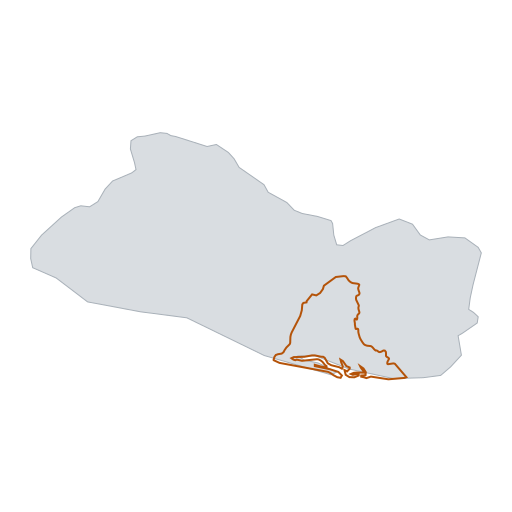 El Salvador, with Usulután highlighted
{"feature_id": "SLV-1354", "entity_name": "Usulután", "entity_type": "Department", "adm_level": 1, "iso_a3": "SLV", "parent_name": "El Salvador", "parent_adm1": "", "projection": "mercator", "projection_center": [-88.42, 13.427], "detail": "fine", "context": "in_parent", "style": "outline", "palette": "amber", "viewbox_px": 512, "rotation_deg": 0, "n_neighbors": 0, "source": "natural_earth", "source_scale": "10m", "svg_char_len": 3754}
<svg xmlns="http://www.w3.org/2000/svg" viewBox="0 0 512 512"><path d="M170.8,135.6L175.6,136.5L207.1,146.5L216.4,144.5L228.4,152.5L234.1,158.8L239.1,167.4L264.0,184.7L268.2,192.3L286.8,202.5L294.3,210.3L302.2,213.5L317.7,216.5L331.0,220.6L332.6,223.5L333.8,235.1L336.7,244.8L343.0,245.5L350.6,240.7L375.6,227.6L399.2,219.0L412.5,224.2L420.3,235.0L429.3,239.9L448.0,236.9L464.9,237.9L478.2,247.4L481.3,252.9L473.1,284.5L470.2,298.0L468.7,309.4L473.5,312.4L478.2,316.8L477.2,323.0L462.6,333.1L458.1,335.7L461.4,355.2L450.6,366.9L440.7,375.4L423.2,377.7L393.6,378.6L349.0,369.0L316.1,356.0L298.4,355.9L304.0,360.2L318.0,362.9L336.4,372.2L331.1,374.8L264.2,355.5L186.8,317.8L140.5,311.8L87.6,301.9L56.2,278.0L32.7,267.7L30.7,258.6L30.9,248.6L41.6,235.1L61.5,217.0L74.7,207.7L80.8,205.8L89.6,206.8L97.9,201.6L105.1,189.1L112.6,181.0L131.7,172.9L136.0,169.6L134.5,162.6L130.4,149.0L131.0,140.7L137.3,136.8L144.8,136.1L160.2,132.7L166.9,133.4L170.8,135.6Z" fill="#d9dde1" stroke="#a8b0b8" stroke-width="1"/><path d="M406.4,377.2L404.6,377.9L388.4,379.3L370.9,376.6L366.4,378.1L364.0,377.3L361.2,376.7L361.2,375.5L365.5,375.2L365.8,372.2L363.5,368.5L360.1,366.1L360.8,367.6L363.1,370.7L363.9,372.7L357.1,372.5L353.8,372.8L350.9,374.0L352.8,374.8L354.2,374.6L356.0,374.1L358.7,374.0L358.7,375.5L354.3,377.3L349.4,377.1L345.7,374.8L344.5,370.1L346.4,370.9L347.1,371.4L349.7,368.7L349.7,367.5L346.4,366.1L342.9,361.1L340.5,359.6L341.2,362.4L342.2,364.7L342.8,366.7L341.9,368.7L339.2,367.2L331.2,365.2L327.8,363.3L324.7,357.8L323.2,356.8L321.0,356.7L314.8,355.4L312.0,355.4L304.4,356.8L293.7,357.1L291.4,358.2L292.7,359.2L294.1,359.9L295.4,360.2L296.7,359.6L302.0,360.8L317.1,359.2L318.8,359.5L321.2,360.8L322.6,362.0L324.9,364.9L326.5,366.1L326.5,367.5L323.0,366.9L320.4,366.4L314.8,364.8L314.8,366.1L330.2,369.3L338.3,371.9L341.9,375.5L340.6,377.8L337.2,377.2L333.5,375.2L331.0,373.4L328.2,371.9L279.5,362.9L273.7,360.2L273.6,359.7L274.4,357.0L275.8,355.0L278.0,354.2L281.7,353.6L283.5,352.2L284.6,350.1L286.4,347.5L289.7,344.2L290.2,342.9L290.4,336.9L290.9,334.5L291.7,332.4L300.2,316.0L301.8,310.3L302.3,304.4L303.4,302.9L306.5,302.4L306.7,301.1L312.1,294.4L316.3,295.4L320.1,293.0L322.9,289.1L323.9,285.7L335.8,277.0L343.5,276.1L345.7,276.3L346.9,277.7L348.5,280.2L349.8,281.5L351.4,282.6L352.8,283.1L357.4,283.7L358.6,284.1L359.2,284.6L359.2,285.1L358.3,287.6L358.2,288.2L358.2,288.8L358.6,290.4L359.1,291.8L359.4,292.6L359.5,293.3L359.4,293.8L359.2,294.3L358.9,294.7L358.6,295.0L358.2,295.2L357.2,295.6L356.7,295.8L356.4,296.1L356.2,296.6L356.1,297.1L356.0,297.7L356.0,298.8L356.1,299.4L356.2,299.9L358.5,304.7L358.8,305.4L358.8,305.9L358.4,307.4L358.4,308.2L358.5,309.2L359.3,311.8L359.4,312.5L359.3,312.9L359.1,313.4L359.0,313.5L358.0,314.4L357.7,314.8L357.5,315.2L357.3,315.7L357.2,316.3L357.3,317.5L357.2,318.7L357.0,319.2L356.8,319.5L356.4,319.5L356.1,319.3L355.9,318.9L355.6,318.8L355.4,318.6L355.0,318.8L354.7,319.1L354.6,319.6L354.5,320.2L354.5,320.8L354.9,323.4L354.9,324.6L355.5,328.2L355.7,328.8L356.0,329.0L356.3,329.0L357.2,328.7L358.0,329.0L358.2,329.5L358.3,330.1L358.3,331.3L358.4,332.5L358.7,333.9L359.7,337.4L360.7,339.5L362.6,342.5L363.9,344.2L364.3,344.5L364.7,344.8L366.1,345.4L367.1,345.7L370.8,346.1L371.7,346.6L372.6,347.4L374.3,349.4L375.1,350.1L375.6,350.5L376.1,350.4L376.6,350.5L377.1,350.7L377.5,350.9L378.2,351.5L378.6,351.8L379.1,352.0L379.6,352.1L380.2,352.0L380.7,351.9L381.7,351.5L383.4,350.5L384.0,350.5L384.8,350.6L385.4,351.3L385.8,351.8L385.9,352.4L386.0,353.0L386.0,355.9L386.5,356.6L387.2,357.1L388.4,357.8L388.9,358.4L389.0,358.9L387.6,361.5L387.4,362.2L387.3,362.8L387.3,363.7L387.7,364.1L388.1,364.2L393.3,363.4L393.8,363.5L394.4,363.6L394.9,363.8L406.4,377.2Z" fill="none" stroke="#b45309" stroke-width="2"/></svg>